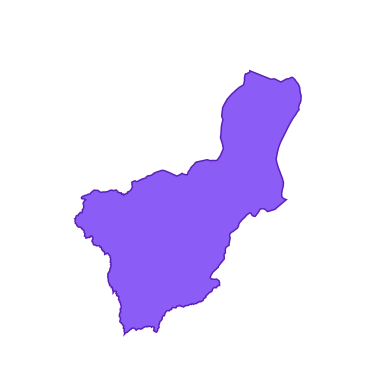 outline of Xamtay, Houaphan, Laos, rotated 130°
{"feature_id": "54806243B53408209397741", "entity_name": "Xamtay", "entity_type": "district", "adm_level": 2, "iso_a3": "LAO", "parent_name": "Laos", "parent_adm1": "Houaphan", "projection": "mercator", "projection_center": [104.808, 19.985], "detail": "fine", "context": "isolated", "style": "filled", "palette": "violet", "viewbox_px": 384, "rotation_deg": 130, "n_neighbors": 0, "source": "geoboundaries", "source_scale": "gbopen_adm2", "svg_char_len": 6132}
<svg xmlns="http://www.w3.org/2000/svg" viewBox="0 0 384 384"><g transform="rotate(130 192 192)"><path d="M54.9,204.0L62.0,225.7L63.2,224.9L63.9,225.0L65.0,225.7L65.9,225.9L67.0,226.9L68.1,226.7L71.2,224.9L72.6,223.6L75.6,221.9L77.1,221.5L81.3,223.0L85.8,223.8L91.3,224.5L98.0,224.7L102.6,223.9L107.5,222.8L114.8,218.1L116.6,214.9L122.5,211.9L128.8,207.2L132.0,205.2L135.6,199.6L138.7,195.8L146.1,193.6L151.3,193.2L152.5,193.8L154.1,195.9L156.3,198.3L157.5,201.1L166.1,207.8L167.2,208.3L169.4,208.1L173.7,208.5L176.8,207.8L178.8,207.9L181.5,206.8L182.1,206.9L184.0,210.3L184.0,211.6L186.7,212.4L189.6,213.9L191.7,221.8L193.3,226.7L194.6,228.9L199.8,232.1L202.1,233.2L205.3,233.8L205.9,234.5L207.2,235.2L207.9,236.2L209.7,236.7L210.6,236.5L211.5,236.7L214.1,238.6L214.5,238.6L216.4,239.6L218.8,240.5L219.4,240.9L219.9,241.7L220.0,242.8L222.4,244.2L223.2,244.3L224.9,242.8L226.4,240.9L229.7,240.1L231.9,240.4L233.4,241.3L234.1,240.6L234.6,240.6L234.9,241.1L235.7,241.6L238.5,242.4L238.3,243.0L237.8,243.7L238.6,244.1L238.8,244.5L238.1,245.6L238.5,246.0L239.0,246.0L239.0,247.0L239.8,248.7L239.3,249.4L239.2,251.4L241.6,253.2L242.1,254.7L243.2,255.7L246.0,256.9L247.8,258.5L249.4,260.4L250.4,261.1L251.2,262.5L251.2,265.0L253.6,268.3L258.0,269.0L259.0,268.9L261.1,270.4L262.3,270.8L263.6,271.9L265.8,273.0L266.7,273.2L267.6,273.0L267.8,272.7L267.9,271.7L266.9,270.8L266.3,269.3L266.3,268.3L267.1,268.7L268.2,268.8L269.6,268.4L269.9,268.2L270.4,268.3L273.2,265.1L275.2,264.5L276.0,264.6L278.1,263.0L278.4,262.9L279.5,264.5L280.0,264.2L281.0,264.6L282.2,264.5L283.3,264.1L283.9,265.0L284.8,265.3L286.0,264.6L287.2,264.4L287.8,264.6L287.8,263.9L289.5,262.9L290.9,261.3L291.0,261.0L290.9,259.5L291.6,258.9L291.9,256.8L291.7,256.2L291.2,255.8L290.9,254.8L290.5,254.5L290.8,253.2L290.5,252.7L291.2,252.1L290.9,250.9L291.0,250.4L291.2,249.6L292.1,248.9L292.7,247.3L294.8,246.1L294.9,244.2L295.5,243.7L294.7,242.9L293.9,242.6L292.7,241.3L292.1,241.6L291.4,241.4L291.4,240.8L290.4,241.0L290.1,240.2L290.4,239.5L290.5,238.5L291.1,238.3L291.7,237.6L292.9,237.6L293.5,237.3L293.6,237.0L294.0,237.0L294.5,235.8L294.4,235.5L295.7,233.5L295.2,232.5L294.7,232.0L294.7,230.9L294.3,230.1L293.5,229.6L292.7,228.2L293.4,226.7L292.7,226.4L292.6,226.1L293.0,225.3L293.9,224.4L294.1,224.1L293.8,223.1L294.3,222.9L294.4,222.6L294.5,221.4L294.1,221.1L294.1,220.7L294.8,219.7L295.9,218.8L294.6,218.3L294.3,217.7L293.7,217.8L293.0,217.1L293.4,215.9L293.4,215.4L293.6,215.1L293.7,213.8L294.1,213.2L294.8,212.7L295.0,211.9L296.2,210.7L296.7,210.7L297.6,209.7L298.4,209.4L298.2,208.9L298.4,208.5L299.6,207.5L300.1,207.6L300.2,207.1L300.7,206.5L302.2,206.0L302.6,205.5L302.9,205.6L303.3,205.3L303.7,205.4L304.1,205.1L304.7,204.9L305.1,204.4L306.2,204.1L306.8,204.3L307.1,204.0L308.6,204.0L309.0,203.4L309.3,203.4L310.3,202.5L311.1,202.1L312.5,200.2L314.0,198.9L315.7,196.1L315.6,195.6L316.5,195.0L316.2,192.7L316.3,192.4L316.9,192.3L316.4,191.8L316.6,191.0L317.6,190.5L317.9,189.7L318.5,189.3L318.9,188.4L320.0,187.5L319.1,187.5L318.3,188.1L317.9,188.0L316.9,186.4L316.9,185.8L318.5,185.1L318.2,184.6L318.5,183.8L319.1,183.9L319.7,183.2L319.6,182.1L319.1,181.6L319.0,181.0L321.6,179.1L321.7,178.4L322.1,178.1L322.0,177.0L322.4,176.5L322.8,176.5L322.8,175.9L323.9,174.6L324.8,173.1L325.4,172.4L326.3,171.9L327.7,171.9L327.8,171.1L328.1,171.1L329.1,170.7L329.6,169.5L330.9,169.5L332.9,168.6L333.9,167.8L334.0,166.6L334.5,166.3L335.3,165.1L337.6,164.1L338.0,162.9L337.4,162.1L337.9,161.4L338.4,159.0L338.7,158.6L338.5,158.2L338.8,157.8L339.7,157.5L340.5,157.0L340.6,156.7L340.2,156.1L340.3,155.7L341.7,155.0L341.8,154.6L342.6,154.1L343.4,152.8L344.4,152.3L342.4,152.2L341.0,151.4L339.4,151.3L338.3,150.9L337.4,151.1L336.3,150.4L335.9,150.6L335.0,150.4L333.9,149.4L333.4,148.4L333.7,145.9L332.2,145.7L330.9,145.0L330.4,144.3L330.2,143.4L329.6,143.0L329.1,142.4L328.3,142.4L325.7,141.5L324.5,140.7L324.5,140.1L323.8,139.5L323.1,139.3L322.9,139.0L322.9,138.7L322.1,138.1L321.6,137.3L321.5,136.3L321.6,136.1L320.7,136.0L320.2,135.5L320.2,134.4L320.0,133.8L322.8,132.4L322.7,131.5L322.9,131.0L322.5,130.6L322.4,129.5L322.1,129.0L319.9,129.5L319.1,130.2L317.6,130.1L316.7,130.3L316.4,130.9L315.2,132.0L314.6,132.0L311.9,133.3L310.6,133.0L309.0,133.1L307.9,133.5L307.0,134.5L306.1,134.4L305.6,134.6L304.9,134.3L304.5,133.7L303.2,134.2L302.6,134.8L299.1,134.9L298.6,134.5L297.6,133.0L296.1,133.1L295.2,132.2L293.3,132.8L292.8,132.5L291.4,130.2L290.9,129.8L290.5,129.7L289.8,130.2L288.9,130.0L287.5,128.6L287.0,128.7L286.7,128.4L286.5,127.9L286.6,126.8L285.8,125.8L285.7,124.8L285.4,124.5L283.5,124.1L283.2,123.6L282.7,123.5L281.1,121.9L279.5,121.4L278.7,120.7L278.6,120.2L277.5,120.2L277.1,118.6L276.7,118.4L275.9,118.3L275.2,117.7L274.8,117.0L273.2,116.6L272.4,116.1L272.1,116.4L271.6,115.9L270.9,115.7L270.5,115.3L270.6,114.9L270.2,114.6L267.8,113.8L266.7,114.4L265.2,114.2L264.2,113.7L263.8,113.8L263.2,114.5L262.7,114.2L262.2,114.5L260.1,114.1L259.6,114.3L258.7,114.3L258.3,114.3L257.6,113.7L257.1,113.8L255.7,113.0L255.2,113.2L254.7,113.1L253.3,113.8L252.2,113.9L250.9,113.6L250.5,113.1L250.4,112.6L249.6,111.8L247.7,112.1L247.4,111.8L246.6,111.6L245.9,110.8L243.6,112.8L242.7,114.1L242.8,117.1L244.6,118.8L246.3,121.7L245.8,123.1L244.1,123.8L240.2,124.5L232.7,123.5L231.8,124.1L222.4,124.3L219.2,127.4L217.2,127.3L214.7,129.5L212.6,130.4L208.9,129.4L208.2,130.1L202.4,133.4L201.8,134.7L200.0,136.0L197.8,136.0L196.1,135.3L190.3,134.0L188.3,134.4L187.0,135.3L185.2,135.8L180.9,135.8L177.6,135.3L174.4,135.3L172.1,134.7L170.7,134.1L170.4,133.2L171.1,131.5L171.1,129.7L170.0,127.9L164.3,128.2L161.6,128.8L159.6,127.5L158.4,125.6L158.4,121.5L151.9,117.3L147.3,116.6L137.2,114.8L138.1,117.4L138.1,119.1L137.5,120.6L135.3,122.5L133.0,123.9L129.4,125.6L126.7,127.4L125.6,128.5L123.5,131.5L118.1,141.1L115.0,146.0L113.0,148.3L112.0,149.1L107.1,151.9L101.9,154.4L96.9,156.2L77.6,160.8L70.7,162.0L66.2,162.3L62.7,162.9L60.1,162.9L58.8,164.6L55.6,166.2L54.1,166.4L52.1,167.3L48.3,170.1L46.1,173.2L42.4,177.1L41.0,180.1L40.4,183.2L39.7,185.5L39.6,188.4L39.9,189.3L43.1,190.8L44.7,192.3L50.6,194.6L52.3,201.6L54.9,204.0Z" fill="#8b5cf6" stroke="#5b21b6" stroke-width="1.5"/></g></svg>